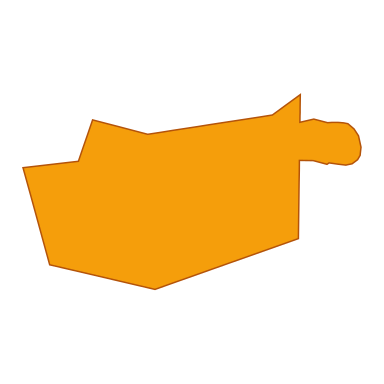 Schiermonnikoog, Friesland, Netherlands
{"feature_id": "6326949B70840390400292", "entity_name": "Schiermonnikoog", "entity_type": "district", "adm_level": 2, "iso_a3": "NLD", "parent_name": "Netherlands", "parent_adm1": "Friesland", "projection": "mercator", "projection_center": [6.273, 53.477], "detail": "fine", "context": "isolated", "style": "filled", "palette": "amber", "viewbox_px": 384, "rotation_deg": 0, "n_neighbors": 0, "source": "geoboundaries", "source_scale": "gbopen_adm2", "svg_char_len": 863}
<svg xmlns="http://www.w3.org/2000/svg" viewBox="0 0 384 384"><path d="M155.0,289.4L170.4,283.9L228.3,263.4L298.4,238.6L299.1,181.7L299.2,176.8L299.3,170.8L299.4,160.4L313.2,160.6L327.0,164.3L329.1,162.9L338.2,164.2L345.9,165.1L347.6,164.7L352.1,163.8L357.6,159.7L360.1,155.4L361.0,147.2L358.5,135.8L354.0,128.9L347.9,123.7L343.8,122.9L339.4,122.5L337.6,122.4L332.1,122.4L327.6,122.7L313.8,119.1L299.9,122.3L300.0,115.4L300.1,112.6L300.1,107.5L300.3,94.6L286.3,104.8L272.4,115.0L259.9,117.0L247.5,118.9L235.0,120.8L222.5,122.7L210.1,124.6L197.6,126.6L185.2,128.5L172.7,130.4L160.3,132.4L147.7,134.3L132.5,130.3L117.3,126.3L104.9,123.1L92.6,119.9L87.9,133.7L83.1,147.5L78.4,161.3L64.5,162.9L50.7,164.5L36.9,166.1L23.0,167.7L30.7,195.4L40.2,230.1L49.7,264.8L70.4,269.6L121.3,281.5L138.8,285.6L155.0,289.4Z" fill="#f59e0b" stroke="#b45309" stroke-width="1.5"/></svg>